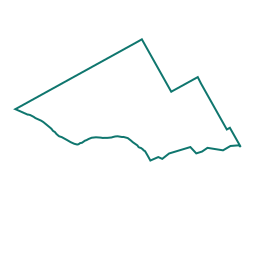 outline of Big Stone, Minnesota, United States of America, rotated 331°
{"feature_id": "52423323B63944458530460", "entity_name": "Big Stone", "entity_type": "district", "adm_level": 2, "iso_a3": "USA", "parent_name": "United States of America", "parent_adm1": "Minnesota", "projection": "albers", "projection_center": [-96.519, 45.381], "detail": "fine", "context": "isolated", "style": "outline", "palette": "teal", "viewbox_px": 256, "rotation_deg": 331, "n_neighbors": 0, "source": "geoboundaries", "source_scale": "gbopen_adm2", "svg_char_len": 1028}
<svg xmlns="http://www.w3.org/2000/svg" viewBox="0 0 256 256"><g transform="rotate(331 128 128)"><path d="M180.3,57.2L38.6,56.9L46.7,67.6L47.4,68.0L48.7,69.2L50.9,72.5L51.8,74.4L55.6,79.5L56.8,81.7L58.6,86.2L60.4,90.8L60.8,92.3L60.9,93.6L61.1,94.3L62.1,96.1L62.5,98.5L63.5,101.3L63.8,101.9L65.6,103.8L68.8,108.9L71.0,112.6L73.3,115.7L75.4,117.7L76.2,118.1L77.4,118.2L78.7,118.0L80.6,118.6L84.2,118.2L85.9,118.5L88.2,118.5L91.5,118.9L95.5,120.6L99.5,123.2L101.0,124.4L102.8,125.3L105.1,126.6L109.0,128.3L110.5,128.6L112.7,129.2L114.9,130.2L118.3,132.9L119.8,133.7L122.9,136.7L124.5,140.4L125.3,142.7L127.5,147.2L127.8,147.8L127.9,149.3L128.1,150.0L128.4,150.5L129.6,151.7L130.6,153.8L130.8,155.2L131.5,156.0L131.7,157.1L131.8,162.0L131.8,167.2L131.8,167.3L140.4,168.1L143.0,171.6L151.6,170.2L173.3,174.9L175.4,183.3L181.3,184.5L187.9,183.9L200.3,193.6L208.9,193.4L216.4,196.8L217.4,199.1L217.2,177.2L213.7,177.2L213.4,124.4L213.7,117.3L183.4,117.2L183.1,57.1L180.3,57.2Z" fill="none" stroke="#0f766e" stroke-width="2"/></g></svg>